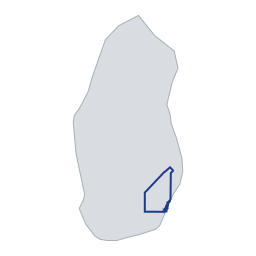 94, Al Wakrah, Qatar (highlighted)
{"feature_id": "91078587B61395128667616", "entity_name": "94", "entity_type": "district", "adm_level": 2, "iso_a3": "QAT", "parent_name": "Qatar", "parent_adm1": "Al Wakrah", "projection": "albers", "projection_center": [51.484, 24.925], "detail": "fine", "context": "in_parent", "style": "outline", "palette": "blue", "viewbox_px": 256, "rotation_deg": 0, "n_neighbors": 0, "source": "geoboundaries", "source_scale": "gbopen_adm2", "svg_char_len": 2448}
<svg xmlns="http://www.w3.org/2000/svg" viewBox="0 0 256 256"><path d="M138.8,234.7L127.2,237.5L116.3,240.6L107.2,240.5L99.9,239.3L95.0,236.2L85.7,224.2L79.2,208.6L83.3,200.0L84.7,194.6L76.0,153.6L73.2,122.1L74.3,115.6L79.5,108.2L88.0,91.9L92.6,76.1L105.4,39.6L118.8,25.6L138.5,15.4L154.6,35.5L174.2,51.0L178.0,68.2L172.2,82.2L166.9,104.5L170.1,114.8L171.3,123.7L176.6,138.6L181.9,158.0L182.8,171.5L179.9,183.9L173.1,194.4L159.5,226.0L155.4,229.3L138.8,234.7Z" fill="#d9dde1" stroke="#a8b0b8" stroke-width="1"/><path d="M170.0,167.3L164.8,171.9L164.3,172.0L152.2,184.8L144.8,192.6L144.8,211.7L163.2,211.8L163.2,211.4L166.4,211.4L166.4,209.9L166.5,209.9L166.5,209.7L166.4,209.9L166.3,210.1L166.3,210.3L166.2,210.3L166.2,210.2L165.9,209.9L165.7,210.0L165.6,210.3L165.4,210.4L165.4,210.7L165.4,210.8L165.4,211.0L165.2,210.9L165.0,210.7L164.9,210.7L164.9,210.4L164.7,210.3L164.5,210.2L164.4,210.1L164.3,209.8L164.2,209.6L164.4,209.6L164.5,210.1L164.6,209.8L164.7,209.7L164.8,209.7L164.7,209.6L164.8,209.6L165.0,209.4L165.0,209.5L165.3,209.7L165.5,209.7L165.8,209.8L165.9,209.7L166.0,209.7L166.0,209.8L166.0,209.7L166.1,209.4L166.6,209.4L166.5,209.5L166.8,209.3L166.8,209.2L166.9,208.9L166.7,208.8L166.5,209.1L166.4,209.0L166.2,208.9L165.8,208.9L165.8,209.1L165.8,209.3L165.6,209.3L165.6,209.1L165.5,208.9L165.3,209.0L165.2,209.2L165.1,208.8L165.3,208.8L165.5,208.7L165.8,208.6L165.7,208.5L165.6,208.4L165.6,208.2L165.6,207.7L165.8,207.5L165.8,207.4L166.0,207.2L166.0,206.9L166.1,206.7L166.1,206.3L166.2,206.0L166.3,206.0L166.3,205.9L166.5,205.8L166.6,206.0L166.5,206.4L166.6,206.5L166.6,206.8L166.5,207.0L166.5,207.4L166.6,207.8L166.7,208.0L166.9,208.0L167.0,207.9L167.1,208.0L167.2,208.3L167.1,208.5L167.0,208.9L167.1,208.6L167.2,208.4L167.3,208.2L167.4,207.8L167.5,207.6L167.7,205.5L167.8,205.2L167.9,204.9L168.1,204.5L168.3,204.1L168.1,204.4L168.0,204.1L167.9,204.0L167.9,203.9L167.8,204.0L167.7,204.0L167.8,203.9L167.8,203.7L167.5,203.3L167.5,203.2L167.4,203.0L167.3,202.9L167.4,202.6L167.5,202.4L167.9,202.2L168.0,202.3L168.3,202.5L168.5,202.6L168.7,202.4L168.8,202.3L168.8,202.2L168.8,201.7L169.0,201.5L169.3,201.6L169.3,201.3L169.2,201.3L169.2,201.2L169.4,201.0L169.4,200.9L169.5,200.9L169.7,201.0L169.5,201.5L169.8,200.9L169.9,200.5L169.9,200.4L170.0,200.3L170.1,200.1L170.1,199.9L170.2,199.7L170.3,199.5L170.4,199.3L170.5,199.2L170.7,183.3L170.8,173.0L172.9,171.0L172.8,170.1L170.0,167.3Z" fill="none" stroke="#1e3a8a" stroke-width="2"/></svg>